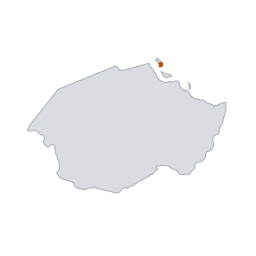 Mkoani, Kusini-Pemba, United Republic of Tanzania (highlighted), rotated 309°
{"feature_id": "72390352B13842693360807", "entity_name": "Mkoani", "entity_type": "district", "adm_level": 2, "iso_a3": "TZA", "parent_name": "United Republic of Tanzania", "parent_adm1": "Kusini-Pemba", "projection": "orthographic", "projection_center": [39.684, -5.384], "detail": "fine", "context": "in_parent", "style": "filled", "palette": "amber", "viewbox_px": 256, "rotation_deg": 309, "n_neighbors": 0, "source": "geoboundaries", "source_scale": "gbopen_adm2", "svg_char_len": 5855}
<svg xmlns="http://www.w3.org/2000/svg" viewBox="0 0 256 256"><g transform="rotate(309 128 128)"><path d="M99.9,173.2L97.5,172.0L95.4,171.2L93.6,170.4L92.8,169.6L91.2,169.3L89.7,169.2L88.4,168.4L85.7,168.2L85.4,167.7L85.3,166.5L84.8,166.2L83.9,166.0L82.8,166.0L82.2,166.2L81.8,166.1L80.9,165.4L80.1,164.6L79.7,163.2L78.5,162.4L77.0,161.7L73.1,161.8L72.5,161.6L71.5,161.0L70.4,159.9L69.5,158.6L68.7,156.8L67.8,154.5L63.1,145.1L62.6,143.3L61.6,141.3L60.1,138.9L58.6,137.1L56.5,135.5L54.1,133.9L52.8,132.8L50.2,128.4L49.7,126.3L49.3,124.1L49.4,123.3L50.9,120.4L51.0,119.6L50.8,118.6L50.0,116.4L49.1,113.7L47.0,108.8L46.7,107.6L46.8,106.7L47.8,101.6L47.8,100.9L52.3,101.0L55.6,98.7L58.5,95.4L59.1,94.0L60.2,91.9L61.4,90.9L61.8,90.1L62.4,88.0L64.0,86.6L65.4,85.5L65.1,84.7L65.3,84.4L66.1,83.9L67.7,83.3L68.0,82.2L68.0,81.0L67.7,80.3L67.8,79.5L67.5,79.1L66.5,79.0L65.0,78.4L63.7,78.1L62.8,77.8L62.5,77.5L62.3,76.8L63.0,74.9L62.3,74.1L63.9,70.9L64.2,70.5L64.7,70.5L65.7,70.1L66.5,69.9L67.2,70.1L67.7,69.9L68.2,69.6L68.5,68.5L68.8,66.7L68.7,65.2L68.0,64.1L67.8,62.4L68.1,60.1L67.9,58.2L67.1,56.6L66.4,55.7L65.2,55.3L63.4,53.0L62.9,51.9L63.0,51.2L63.6,50.9L64.7,51.0L65.8,50.7L66.8,50.0L67.8,49.8L68.3,49.9L114.1,49.4L168.0,79.1L168.2,79.4L168.6,82.0L168.5,82.9L167.7,84.4L167.5,85.2L167.5,85.7L167.7,85.9L168.4,86.0L169.0,86.3L169.2,86.6L169.6,87.7L170.2,88.3L190.7,103.0L191.2,103.3L190.9,104.5L189.7,107.5L189.7,108.8L189.2,110.2L188.8,111.2L187.6,115.4L186.6,117.0L185.3,120.7L185.1,123.6L185.8,125.5L186.1,127.4L187.7,129.2L188.9,129.9L189.8,130.7L191.3,132.6L192.2,134.5L194.9,135.5L195.9,137.6L195.6,139.1L194.3,140.3L193.1,142.3L192.2,144.9L192.2,148.8L192.8,148.2L194.2,149.2L194.4,152.1L193.0,155.5L192.5,157.1L192.4,158.5L193.5,162.6L195.1,164.6L195.0,165.3L194.6,165.8L197.3,169.5L197.1,172.7L198.1,175.2L198.6,177.3L199.3,179.0L199.4,180.1L198.6,181.4L200.6,181.7L201.8,182.7L202.3,183.7L203.8,183.7L204.5,184.3L205.7,184.9L208.2,186.6L208.9,187.4L209.3,188.2L202.4,193.4L199.9,194.7L198.1,195.4L196.2,195.7L194.4,196.5L192.7,197.8L190.6,198.5L187.9,198.5L185.1,199.4L180.8,202.1L178.2,200.6L176.2,200.1L173.9,200.2L172.5,200.4L172.0,200.7L171.6,201.6L171.2,203.1L169.7,204.6L167.1,206.0L164.6,206.5L162.4,206.2L160.9,205.6L160.1,204.8L158.9,204.4L157.4,204.5L156.0,205.1L154.6,206.2L152.3,206.6L149.3,206.5L147.6,206.0L147.4,205.1L146.0,204.1L143.5,202.9L141.7,202.8L140.6,204.0L139.5,204.8L138.6,205.1L137.7,205.1L136.5,204.8L133.1,204.7L129.9,204.8L129.5,203.1L128.8,202.1L128.2,201.5L127.1,201.3L126.8,200.9L126.4,199.8L125.9,198.9L125.1,198.2L124.7,197.5L124.5,196.9L124.6,196.2L125.3,194.5L125.5,193.3L125.4,192.1L125.0,190.8L124.2,189.4L124.3,189.0L124.0,187.9L124.0,187.2L124.1,186.4L123.9,185.2L123.2,182.8L123.2,182.1L122.5,180.9L120.3,178.1L120.2,177.8L116.8,174.9L115.5,174.3L115.0,174.9L114.8,175.4L115.0,176.3L114.9,176.7L114.8,176.9L114.0,176.9L113.5,176.8L112.2,176.1L111.2,175.9L108.7,176.0L107.9,176.2L107.2,176.1L105.9,174.8L104.3,174.5L103.0,174.5L100.7,173.0L99.9,173.2ZM195.2,125.1L196.3,128.2L196.2,128.8L195.4,129.2L195.0,129.2L194.5,128.7L194.2,127.6L193.6,127.9L192.5,126.6L191.5,126.6L190.6,125.1L191.0,123.7L190.8,121.5L191.9,120.4L192.5,118.4L193.2,119.7L193.3,121.8L194.3,124.2L195.2,125.1ZM200.6,106.4L200.7,107.1L200.5,107.8L200.5,110.1L200.4,111.6L199.6,113.6L198.9,114.3L198.3,114.1L197.8,113.8L197.4,113.2L198.2,109.5L197.8,106.7L199.4,107.0L200.6,106.4ZM198.4,151.6L197.6,151.8L197.3,151.6L196.8,151.0L197.6,150.5L198.4,149.5L200.3,148.0L201.2,146.8L201.1,148.0L200.0,150.5L199.1,150.7L198.4,151.6Z" fill="#d9dde1" stroke="#a8b0b8" stroke-width="1"/><path d="M198.3,112.4L198.2,111.9L198.1,112.0L198.1,111.9L198.0,112.1L197.9,112.1L197.7,112.0L197.8,112.4L197.8,112.5L198.0,112.8L197.9,112.9L198.0,113.0L198.0,112.9L197.9,113.0L197.9,112.9L197.9,113.0L197.9,112.9L198.0,112.8L197.9,112.8L198.0,112.8L197.9,112.8L197.9,112.7L197.8,112.8L197.8,112.7L197.7,112.8L197.7,112.7L197.4,112.8L197.4,113.0L197.3,113.3L197.4,113.2L197.5,113.3L197.4,113.3L197.5,113.3L197.4,113.2L197.4,113.3L197.3,113.5L197.2,113.6L197.2,113.8L197.3,114.0L197.2,114.0L197.3,114.2L197.6,114.2L197.8,114.1L198.0,114.2L198.1,114.3L198.2,114.5L198.3,114.5L198.4,114.4L198.3,114.2L198.2,114.3L198.2,114.2L198.3,114.2L198.4,114.3L198.4,114.2L198.5,114.1L198.6,114.3L198.7,114.2L198.8,114.1L198.8,114.3L199.1,114.3L199.1,114.2L199.3,114.0L199.2,114.0L199.2,113.9L198.9,113.8L199.0,113.7L199.0,113.8L199.0,113.7L199.0,113.8L199.2,113.7L199.3,113.7L199.1,113.6L199.3,113.6L199.3,113.4L199.3,113.5L199.4,113.4L199.5,113.4L199.6,113.2L199.7,113.3L199.7,113.2L199.8,113.2L199.8,112.9L199.7,112.9L199.7,112.7L199.4,112.6L199.1,112.5L198.8,112.4L198.7,112.5L198.4,112.5L198.3,112.4ZM198.9,113.9L199.0,114.0L198.9,114.0L198.9,113.9L198.9,113.9ZM196.5,113.8L196.4,113.9L196.5,113.9L196.4,113.9L196.5,114.0L196.8,114.2L196.8,114.3L196.8,114.5L196.7,114.4L196.8,114.5L196.8,114.4L196.9,114.5L197.0,114.5L197.2,114.9L197.3,114.9L197.4,115.0L197.5,115.0L197.4,114.9L197.5,114.7L197.4,114.8L197.5,114.7L197.4,114.6L197.5,114.7L197.5,114.4L197.5,114.5L197.4,114.4L197.2,114.5L197.3,114.4L197.2,114.4L197.2,114.5L197.2,114.4L197.0,114.5L197.0,114.4L196.9,114.4L197.0,114.3L196.9,114.3L197.0,114.3L196.9,114.3L197.0,114.3L197.0,114.2L197.0,114.3L197.0,114.2L196.9,114.2L196.7,113.8L196.7,114.0L196.7,113.9L196.7,114.0L196.7,113.9L196.7,114.0L196.6,113.9L196.5,113.8ZM199.6,113.4L199.4,113.5L199.2,113.7L199.2,113.8L199.2,114.0L199.2,113.9L199.3,114.0L199.6,113.6L199.6,113.4ZM198.8,114.2L198.7,114.2L198.6,114.3L198.6,114.5L198.5,114.4L198.5,114.5L198.5,114.4L198.5,114.7L198.5,114.8L198.6,114.7L198.8,114.4L198.8,114.5L198.8,114.4L198.8,114.2ZM196.9,113.2L196.8,113.3L197.0,113.4L197.1,113.5L197.2,113.4L196.9,113.2ZM197.6,114.4L197.6,114.5L197.6,114.4ZM196.3,113.7L196.2,113.7L196.3,113.8L196.3,113.7Z" fill="#f59e0b" stroke="#b45309" stroke-width="1.5"/></g></svg>